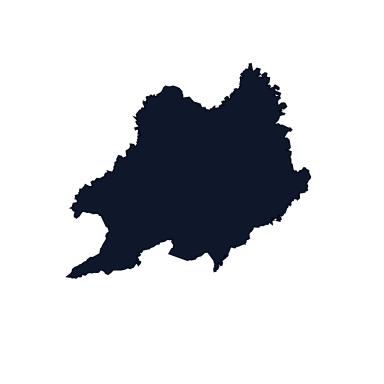 the district of Caçapava do Sul, Rio Grande do Sul, Brazil, rotated 214°
{"feature_id": "56859067B31876797610836", "entity_name": "Caçapava do Sul", "entity_type": "district", "adm_level": 2, "iso_a3": "BRA", "parent_name": "Brazil", "parent_adm1": "Rio Grande do Sul", "projection": "mercator", "projection_center": [-53.469, -30.552], "detail": "fine", "context": "isolated", "style": "filled", "palette": "ink", "viewbox_px": 384, "rotation_deg": 214, "n_neighbors": 0, "source": "geoboundaries", "source_scale": "gbopen_adm2", "svg_char_len": 6118}
<svg xmlns="http://www.w3.org/2000/svg" viewBox="0 0 384 384"><g transform="rotate(214 192 192)"><path d="M207.3,330.8L207.3,329.2L208.3,326.5L209.4,325.9L214.7,331.3L215.9,330.1L214.9,328.9L214.6,327.2L213.2,326.5L214.7,324.4L215.8,323.9L216.0,321.6L216.7,320.7L215.9,319.4L217.0,318.1L217.1,316.9L213.6,315.9L213.5,314.7L215.9,314.6L215.7,313.4L214.4,312.6L212.2,307.9L210.6,307.7L211.3,306.1L210.6,304.5L211.3,302.5L213.0,302.3L214.1,300.9L213.1,300.4L213.4,298.2L212.9,295.2L214.0,295.9L214.3,293.7L213.3,292.5L212.5,293.2L212.5,289.2L215.5,290.8L216.3,290.6L217.1,288.1L216.3,287.9L215.3,286.3L215.4,285.3L216.9,284.7L217.5,283.5L214.0,281.5L215.9,280.9L215.3,279.6L216.2,279.1L217.0,279.4L217.2,278.5L215.9,277.2L217.7,275.9L218.6,274.3L220.4,274.3L221.1,275.5L221.8,273.9L220.5,272.9L222.8,271.4L222.7,268.7L224.1,269.1L226.4,267.9L228.4,269.1L228.5,267.8L229.6,268.2L230.5,267.3L231.3,267.3L234.4,269.2L234.8,268.0L235.6,269.0L240.9,267.3L247.2,268.9L252.2,264.3L254.2,267.3L256.0,268.3L256.4,269.4L260.6,270.6L261.3,270.0L262.2,270.4L266.8,269.1L269.4,266.2L273.0,264.9L273.6,262.6L272.9,259.3L273.2,256.9L275.2,252.8L274.2,251.5L276.2,250.2L277.5,251.0L277.5,249.0L279.7,249.4L280.5,248.8L280.1,246.8L282.2,246.2L282.8,245.1L280.6,243.4L280.7,241.6L279.4,241.4L278.8,240.2L282.9,240.0L282.2,238.6L279.5,236.9L277.5,234.8L278.2,234.0L279.4,234.2L280.3,233.6L279.8,231.2L280.9,230.5L281.4,225.4L278.6,222.7L281.3,221.9L276.8,220.9L277.5,218.9L275.8,217.8L273.5,217.5L272.0,216.4L275.0,213.1L273.7,212.2L273.1,213.3L271.5,214.1L270.1,212.8L269.6,211.1L268.4,212.0L268.6,210.2L267.0,211.0L266.2,210.0L268.0,208.2L267.5,207.3L266.2,207.0L266.3,204.9L265.0,203.9L265.4,202.6L264.2,201.8L263.7,199.1L264.8,197.7L266.9,198.6L269.8,197.2L268.6,196.0L267.8,194.0L268.1,192.1L269.4,189.3L265.6,185.1L268.1,181.2L270.6,181.9L273.0,181.1L272.7,177.4L271.1,175.4L272.2,173.5L270.3,170.3L270.7,169.3L269.5,168.2L268.8,163.7L273.6,162.1L272.5,161.4L272.7,160.0L273.8,159.6L273.9,157.8L273.0,156.2L275.0,152.7L274.7,151.8L278.3,150.0L278.8,146.0L280.3,145.5L281.0,143.8L278.0,141.6L278.2,140.2L280.1,138.9L284.5,138.4L284.0,136.6L284.6,134.8L284.1,133.4L286.4,131.5L285.1,129.6L285.2,128.1L284.4,127.5L284.4,126.4L286.5,123.8L285.8,123.3L285.0,121.2L283.6,121.8L281.2,120.2L281.4,118.4L283.9,116.1L282.7,112.7L283.5,111.0L282.5,111.4L279.8,110.2L277.9,110.9L276.1,106.3L274.9,105.8L274.1,106.4L273.4,105.9L272.3,108.8L272.3,114.3L271.1,115.6L267.6,116.6L266.1,117.9L261.7,119.0L260.0,120.7L257.7,121.9L255.6,121.1L254.2,121.9L243.8,115.7L241.7,115.9L238.2,113.0L239.2,109.5L238.5,107.1L237.6,107.1L236.4,105.0L236.1,98.1L235.5,95.3L235.8,93.8L233.7,89.4L237.3,82.3L239.5,80.8L240.7,77.3L240.5,75.1L242.0,73.5L243.1,69.8L244.4,68.4L244.5,67.1L246.8,63.9L247.6,61.2L246.6,58.7L246.7,56.4L248.2,52.0L245.6,53.2L245.2,54.2L243.4,53.8L242.0,55.3L240.1,55.8L239.0,58.8L237.5,59.1L236.6,60.1L237.1,61.1L237.0,62.7L234.3,63.3L233.7,64.4L233.6,66.2L231.7,68.4L229.8,69.1L228.7,70.5L224.8,73.2L224.4,76.4L222.4,77.3L219.8,77.2L217.9,76.4L215.6,76.9L214.4,80.2L213.9,83.4L207.5,87.7L204.8,90.5L202.9,93.6L200.7,93.9L198.7,97.0L198.8,100.7L198.3,102.1L197.5,102.4L195.5,101.3L195.1,103.8L195.7,105.3L199.1,104.6L198.8,106.2L201.3,107.1L201.3,108.2L199.9,109.9L199.8,111.1L201.9,111.7L201.9,113.2L200.2,113.7L200.4,116.6L195.7,121.3L195.7,122.7L193.5,125.3L192.5,128.8L190.4,130.5L190.8,132.6L187.6,135.5L185.9,139.4L184.2,139.9L182.7,141.4L180.8,140.7L180.8,139.5L177.2,138.0L176.0,134.6L176.9,133.6L176.5,128.1L157.6,132.9L156.0,135.1L154.8,135.3L152.0,138.2L151.6,141.4L149.1,144.1L147.8,149.0L145.5,151.2L134.9,147.4L133.9,145.9L132.6,145.7L131.9,143.4L130.5,142.8L131.1,141.1L130.0,139.5L129.1,138.6L128.0,139.7L128.5,141.0L127.7,142.5L128.3,145.2L129.1,145.4L130.3,147.2L129.4,148.1L127.3,147.1L126.4,148.2L127.4,150.4L128.7,150.7L128.7,152.6L127.4,156.4L129.3,156.7L129.6,157.7L127.7,157.6L126.9,158.5L126.9,159.7L127.9,159.5L128.1,162.4L129.3,167.4L129.0,168.6L125.3,169.8L125.0,171.4L123.1,173.6L120.2,178.2L119.1,178.6L119.7,179.3L119.4,180.4L120.5,182.8L119.0,184.5L118.6,185.9L119.7,186.0L120.2,187.5L121.1,188.0L121.8,190.6L121.1,192.4L120.9,195.6L121.7,196.1L121.6,197.6L117.1,200.3L117.5,201.2L115.7,203.4L114.4,203.9L112.6,206.9L111.1,207.8L111.4,209.5L110.7,210.4L107.6,210.2L110.2,213.1L108.8,214.4L111.0,214.8L110.1,215.8L108.6,216.1L108.6,217.4L105.6,218.1L105.9,215.9L103.0,217.0L103.8,217.8L102.9,219.0L104.0,220.1L107.2,220.7L107.1,221.7L104.6,222.1L103.8,223.9L104.2,225.3L103.4,226.8L104.7,231.6L104.3,233.2L105.3,233.4L104.5,236.4L103.1,235.8L103.1,237.0L104.4,237.8L104.4,241.1L103.5,241.6L104.2,243.2L101.6,245.2L100.3,244.6L99.7,247.1L102.2,250.2L102.5,251.3L98.5,255.0L98.9,256.4L97.8,257.2L97.5,258.4L99.0,259.3L99.5,261.5L102.6,263.5L101.8,264.4L102.4,267.0L101.8,268.9L102.2,270.7L105.9,272.9L107.2,274.8L110.1,274.5L111.7,275.1L112.8,274.5L112.8,271.5L114.5,269.7L114.4,268.1L115.0,267.2L115.9,266.8L117.6,267.6L119.2,266.0L121.1,267.1L124.3,270.6L126.2,271.0L128.8,274.7L130.6,275.6L131.0,278.2L132.5,280.7L137.0,279.6L135.7,282.5L135.6,283.8L140.7,289.2L143.5,289.6L144.6,288.4L146.5,289.0L146.8,294.7L146.5,296.6L144.4,297.7L144.2,299.4L146.5,299.8L147.8,298.7L154.7,297.7L155.8,296.4L158.4,296.8L159.4,295.8L159.7,294.4L161.2,294.6L161.9,295.8L161.1,299.4L161.5,302.2L162.2,303.4L162.1,304.5L160.1,307.1L159.1,307.6L159.2,308.7L160.8,308.0L165.1,307.7L164.8,308.7L163.2,309.5L164.8,311.5L164.2,312.2L162.4,312.3L161.4,315.7L164.6,317.4L165.7,317.0L167.4,315.6L168.1,312.5L169.6,311.9L171.6,314.3L172.5,316.4L171.5,319.1L172.3,319.7L173.3,319.8L175.5,317.8L178.2,318.4L178.3,319.4L177.3,320.4L173.4,321.2L173.9,323.2L179.7,321.9L181.5,323.9L181.0,324.9L180.1,325.2L178.0,324.9L177.5,326.1L178.5,327.2L182.6,327.1L183.1,326.4L182.5,324.4L184.0,322.9L184.6,320.7L185.6,320.8L186.5,323.5L187.7,323.7L188.5,322.5L189.9,322.5L190.1,324.3L189.7,326.0L191.7,329.9L193.9,328.8L195.8,328.9L195.5,329.9L196.3,332.0L198.0,331.6L199.3,328.0L197.9,327.3L197.4,326.3L201.7,324.1L203.3,325.0L202.1,325.9L201.3,327.8L203.5,328.5L204.3,331.8L207.3,330.8Z" fill="#0f172a" stroke="#020617" stroke-width="1.5"/></g></svg>